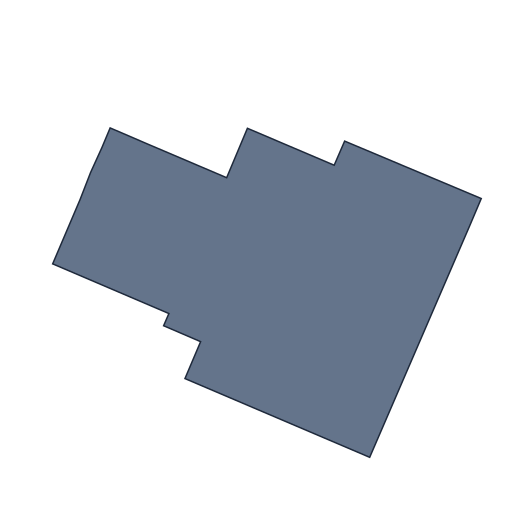 Tippah, Mississippi, United States of America (Mercator projection), rotated 293°
{"feature_id": "52423323B445866632438", "entity_name": "Tippah", "entity_type": "district", "adm_level": 2, "iso_a3": "USA", "parent_name": "United States of America", "parent_adm1": "Mississippi", "projection": "mercator", "projection_center": [-88.878, 34.796], "detail": "fine", "context": "isolated", "style": "filled", "palette": "slate", "viewbox_px": 512, "rotation_deg": 293, "n_neighbors": 0, "source": "geoboundaries", "source_scale": "gbopen_adm2", "svg_char_len": 393}
<svg xmlns="http://www.w3.org/2000/svg" viewBox="0 0 512 512"><g transform="rotate(293 256 256)"><path d="M316.9,71.7L295.6,71.8L268.3,71.1L239.2,72.0L169.3,71.9L169.0,198.3L155.7,198.2L155.5,238.5L115.4,238.5L115.1,439.3L366.2,440.9L383.5,440.9L396.9,440.9L396.4,292.7L370.1,292.5L370.2,198.2L316.6,198.4L316.7,113.3L316.9,71.7Z" fill="#64748b" stroke="#1e293b" stroke-width="1.5"/></g></svg>